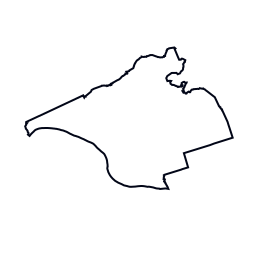 Birzgales pag., Keguma, Latvia, rotated 167°
{"feature_id": "27541924B47267130606950", "entity_name": "Birzgales pag.", "entity_type": "district", "adm_level": 2, "iso_a3": "LVA", "parent_name": "Latvia", "parent_adm1": "Keguma", "projection": "mercator", "projection_center": [24.79, 56.63], "detail": "fine", "context": "isolated", "style": "outline", "palette": "ink", "viewbox_px": 256, "rotation_deg": 167, "n_neighbors": 0, "source": "geoboundaries", "source_scale": "gbopen_adm2", "svg_char_len": 5365}
<svg xmlns="http://www.w3.org/2000/svg" viewBox="0 0 256 256"><g transform="rotate(167 128 128)"><path d="M141.7,71.5L140.7,70.9L139.4,70.3L138.2,70.0L134.2,69.3L131.2,69.0L128.0,68.5L126.3,68.0L124.9,67.5L122.6,66.5L122.2,66.3L121.2,66.2L120.0,65.8L116.8,64.4L114.9,63.3L114.0,62.8L112.6,62.3L111.2,61.9L110.6,61.4L109.1,61.2L105.2,60.7L104.1,60.3L102.4,59.6L102.7,61.8L102.8,62.0L103.0,62.5L103.0,62.8L103.2,63.0L103.3,63.2L103.4,64.2L103.9,65.4L104.0,65.5L104.1,65.9L104.0,66.2L103.9,66.2L104.0,66.7L104.2,67.3L104.5,67.3L104.6,67.5L104.8,67.6L104.9,67.8L104.5,68.4L104.2,69.2L104.1,69.3L103.7,69.4L103.7,69.5L104.1,69.5L104.1,69.4L104.3,69.4L104.3,69.6L104.2,69.6L104.3,70.2L104.1,70.3L104.6,70.2L104.8,70.3L104.7,70.5L104.5,70.9L104.3,71.0L104.2,71.2L104.2,71.3L104.3,71.7L104.3,71.8L104.0,72.5L103.7,72.7L103.6,73.0L103.3,73.5L103.5,73.6L103.5,73.8L103.6,74.0L103.2,74.2L85.4,75.5L84.4,75.7L78.3,76.1L79.2,90.9L51.9,92.9L47.6,93.5L28.2,95.0L29.0,104.4L29.4,108.5L29.6,111.6L32.2,124.2L32.2,124.4L32.4,124.3L32.5,124.8L34.1,128.2L33.9,128.2L34.2,128.6L34.5,129.3L35.2,132.5L36.5,138.5L37.1,139.2L42.4,145.7L44.1,147.7L44.6,148.5L46.3,149.4L46.2,149.6L47.0,149.7L47.8,150.0L48.7,150.4L49.1,150.7L50.2,150.1L50.4,150.1L51.3,150.5L52.4,150.6L53.5,150.8L54.1,150.8L55.0,151.1L55.8,151.0L56.1,150.8L56.6,150.9L56.7,151.0L57.2,151.0L57.3,150.8L57.7,150.7L58.5,150.2L58.8,149.6L58.9,149.4L59.4,148.9L59.7,148.9L60.8,149.8L62.7,149.1L63.1,148.5L63.7,148.4L64.2,148.7L64.8,149.9L65.7,149.9L65.6,150.5L66.2,150.5L66.6,151.7L66.4,151.7L65.3,151.5L65.3,153.5L65.5,153.7L64.7,154.3L63.6,155.5L63.5,155.8L62.2,157.5L61.9,158.1L61.1,158.5L60.7,159.1L62.3,159.4L62.8,160.3L63.3,160.4L64.5,160.2L65.6,159.7L65.7,158.9L66.3,158.2L65.7,157.9L65.5,157.6L65.2,157.4L65.6,156.5L66.0,156.3L66.9,156.3L67.5,156.6L69.9,156.7L70.0,157.1L70.4,157.1L70.5,157.4L71.0,157.6L71.8,158.3L72.3,158.4L72.6,158.8L73.5,159.5L74.3,159.8L74.6,160.0L75.3,160.0L76.6,161.6L76.6,162.1L76.6,162.9L76.4,163.1L76.3,163.3L76.0,163.5L75.4,164.1L76.6,164.6L78.6,164.8L78.5,165.0L79.2,165.4L79.3,166.4L79.5,168.0L78.0,169.8L73.1,171.8L68.4,170.8L67.4,169.2L67.1,169.3L65.2,169.5L64.7,169.9L64.2,170.6L63.3,171.4L62.6,171.6L61.9,172.0L61.1,173.0L60.9,173.9L60.7,174.2L60.6,174.4L60.6,174.6L60.2,175.0L60.1,175.3L60.1,175.8L59.9,176.4L59.9,177.1L59.6,177.9L59.7,178.0L59.3,178.3L58.2,179.6L57.8,179.5L57.7,179.7L57.0,181.0L56.9,181.2L57.0,181.3L59.0,183.0L59.9,183.5L60.5,183.3L61.1,182.7L62.8,183.0L63.4,186.2L64.4,192.2L64.8,194.4L63.9,194.8L64.7,196.0L70.1,196.4L70.5,196.1L71.9,196.0L72.8,195.0L72.6,194.8L74.7,191.9L75.0,191.4L75.6,190.2L75.8,190.0L75.8,189.9L76.7,190.1L76.9,189.3L77.6,189.4L78.5,189.1L79.7,189.4L80.8,189.5L82.6,190.4L83.0,190.4L84.0,191.2L84.6,191.5L87.8,193.6L88.2,193.7L89.6,194.0L90.0,194.1L90.3,193.9L91.2,193.8L92.8,193.6L93.5,193.8L94.1,193.2L95.6,193.7L96.4,193.6L98.0,194.1L98.3,194.3L98.3,194.2L100.5,193.6L102.5,192.3L103.1,192.3L104.4,191.6L106.6,189.5L106.6,189.2L107.3,188.7L108.3,187.1L108.2,187.0L109.4,185.1L113.7,183.8L114.0,183.3L114.8,183.1L115.5,183.1L116.9,183.2L116.4,181.5L116.4,181.2L116.6,181.1L117.6,181.5L118.3,181.6L118.5,180.9L120.0,180.3L120.7,179.9L121.1,179.8L121.4,179.9L121.7,179.8L122.9,179.1L124.2,178.1L126.1,177.2L127.4,177.0L128.2,176.8L130.8,176.0L132.2,175.6L132.4,175.6L132.8,175.1L133.8,175.2L134.6,175.0L134.3,173.8L134.4,173.7L134.5,173.7L134.6,173.8L134.7,173.7L134.8,173.7L134.8,173.8L134.9,173.7L135.3,173.6L135.4,173.8L135.5,173.8L135.8,173.8L136.1,173.9L136.1,174.0L136.4,173.9L136.6,174.1L136.8,174.0L137.1,174.0L137.2,173.9L137.7,173.8L137.9,173.7L138.0,173.8L138.6,173.7L138.6,173.8L138.8,173.9L138.9,173.6L139.0,173.6L139.1,174.2L140.2,174.2L141.1,174.5L141.7,174.8L143.0,174.9L144.0,175.1L144.1,174.9L152.4,173.9L154.9,173.2L155.6,172.2L156.0,171.7L162.1,168.6L162.3,168.6L162.5,168.6L162.8,168.6L163.0,168.5L163.1,168.3L163.3,168.3L163.2,168.2L163.3,168.2L163.2,168.0L163.4,167.8L163.4,168.0L163.5,168.0L163.4,167.9L163.5,167.8L163.8,167.6L164.3,169.9L183.8,165.7L201.9,161.8L225.8,156.8L226.1,156.0L226.3,155.1L226.3,154.9L226.0,154.9L226.4,154.6L226.4,154.3L226.4,154.1L227.8,152.8L227.8,152.7L227.6,150.8L227.7,150.4L227.5,150.1L227.4,149.7L227.0,149.1L226.5,147.8L226.5,147.5L226.6,147.2L226.6,146.7L226.5,146.4L226.2,146.0L226.1,145.6L226.1,145.4L226.2,145.0L226.3,144.7L226.7,144.4L227.0,144.1L225.7,142.4L223.8,143.9L222.2,144.9L220.6,145.8L219.6,146.5L218.5,147.0L217.3,147.2L215.9,147.4L214.6,147.5L212.0,147.3L210.7,147.0L208.0,146.5L205.3,145.8L202.2,144.8L200.6,144.2L199.6,143.9L198.7,143.5L198.2,143.4L196.3,142.5L195.2,142.0L193.6,141.0L192.0,140.3L191.0,139.7L190.5,139.3L189.4,138.6L189.1,138.4L188.3,137.8L186.0,135.7L185.3,135.1L184.9,134.9L184.6,134.6L182.2,132.7L180.4,131.8L180.2,131.6L178.3,130.5L175.5,128.3L173.5,126.9L173.1,126.5L171.5,125.2L171.3,125.0L169.7,123.7L167.3,122.1L165.7,120.8L165.1,120.1L164.7,119.5L163.4,117.4L162.9,116.3L162.0,114.9L160.8,113.3L159.4,111.2L158.0,109.5L157.4,108.6L157.1,108.2L156.8,107.4L156.3,105.4L155.9,103.2L155.8,101.8L155.8,100.6L156.0,99.3L156.0,99.1L156.1,98.3L156.1,97.8L156.1,97.4L156.3,96.3L156.4,95.7L156.4,95.3L156.9,94.5L156.9,94.1L157.2,93.5L157.3,93.1L157.3,92.6L157.1,89.9L157.1,89.4L156.3,86.3L155.5,84.3L154.3,82.1L152.4,79.4L150.7,77.8L149.9,77.0L148.7,76.1L146.9,74.8L144.8,73.0L141.7,71.5Z" fill="none" stroke="#020617" stroke-width="2"/></g></svg>